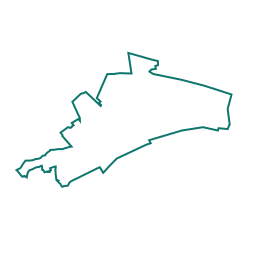 outline of Roznov, Neamt, Romania, rotated 14°
{"feature_id": "2599482B96195246570406", "entity_name": "Roznov", "entity_type": "district", "adm_level": 2, "iso_a3": "ROU", "parent_name": "Romania", "parent_adm1": "Neamt", "projection": "natural_earth1", "projection_center": [26.505, 46.851], "detail": "fine", "context": "isolated", "style": "outline", "palette": "teal", "viewbox_px": 256, "rotation_deg": 14, "n_neighbors": 0, "source": "geoboundaries", "source_scale": "gbopen_adm2", "svg_char_len": 1944}
<svg xmlns="http://www.w3.org/2000/svg" viewBox="0 0 256 256"><g transform="rotate(14 128 128)"><path d="M105.8,176.4L107.9,174.6L110.1,172.9L113.8,176.5L114.8,177.5L119.1,169.5L124.5,160.3L150.0,139.6L153.7,137.3L151.5,134.7L179.7,118.1L180.9,117.4L200.5,109.1L214.2,108.7L215.9,108.6L215.9,106.3L225.0,104.9L225.5,100.8L225.9,100.2L220.9,87.5L220.1,85.4L220.1,83.8L220.3,74.5L220.3,70.4L191.2,68.5L168.0,68.3L139.3,69.5L135.2,68.1L136.5,65.6L140.7,63.9L139.5,61.2L141.7,59.9L141.9,59.8L140.8,55.8L135.0,55.9L110.2,55.1L118.2,74.3L107.0,76.7L102.1,78.6L101.8,79.0L99.4,79.4L94.8,80.8L90.5,106.6L92.7,107.7L94.1,108.7L94.9,109.0L93.9,110.7L96.3,112.3L96.1,113.2L78.3,103.2L77.2,104.4L75.9,105.2L74.5,105.9L74.0,106.3L72.8,108.0L71.7,109.8L68.1,115.5L67.7,116.0L76.3,126.9L78.5,129.4L79.1,130.9L79.6,132.7L77.7,131.2L72.2,136.7L74.6,138.5L73.2,140.0L73.3,140.3L72.2,141.8L69.6,141.7L64.6,147.7L63.7,148.8L66.2,150.8L66.4,151.8L77.7,159.7L76.0,160.4L70.4,163.7L69.9,164.3L65.0,165.5L61.8,166.9L57.8,168.1L57.6,169.3L56.8,170.1L56.2,170.7L55.0,172.4L54.6,173.1L54.4,174.4L53.1,175.1L51.9,175.6L50.4,178.2L48.8,179.4L46.4,180.3L45.7,180.6L42.8,182.6L41.9,182.8L41.2,183.2L40.3,183.4L38.7,183.9L36.5,184.4L35.2,187.3L34.4,189.2L34.3,190.1L33.7,191.9L33.1,193.2L31.3,194.6L30.1,195.8L30.4,195.9L37.0,200.8L38.8,200.3L38.6,199.9L39.3,199.5L41.7,200.4L41.5,196.8L41.6,196.0L41.7,194.8L42.8,192.6L44.9,191.4L48.4,188.4L49.2,188.0L50.8,187.6L52.8,185.8L53.5,185.5L54.0,186.6L54.9,189.4L55.8,189.2L57.1,190.4L57.7,191.1L60.4,189.7L60.7,190.1L62.7,189.5L62.2,188.4L63.4,187.7L62.1,185.9L63.5,185.0L64.3,184.4L67.1,182.8L67.5,184.0L67.5,185.0L67.6,186.0L69.2,190.9L70.9,195.2L72.8,195.8L72.0,196.3L73.3,197.0L74.1,197.8L75.9,198.5L76.6,199.4L77.5,200.5L78.7,200.9L79.6,200.0L83.6,198.5L83.6,198.2L84.6,194.7L85.3,193.9L87.6,191.7L89.3,190.4L91.8,188.3L96.3,184.4L97.8,183.2L105.2,176.9L105.8,176.4Z" fill="none" stroke="#0f766e" stroke-width="2"/></g></svg>